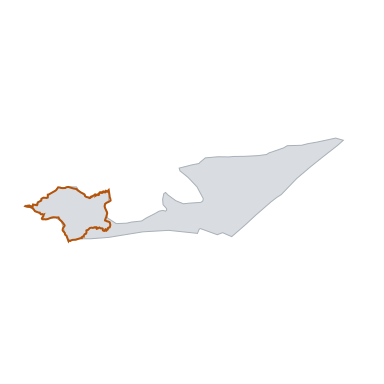 Israel, with HaZafon highlighted, rotated 247°
{"feature_id": "ISR-3056", "entity_name": "HaZafon", "entity_type": "District", "adm_level": 1, "iso_a3": "ISR", "parent_name": "Israel", "parent_adm1": "", "projection": "albers", "projection_center": [35.33, 32.896], "detail": "fine", "context": "in_parent", "style": "outline", "palette": "amber", "viewbox_px": 384, "rotation_deg": 247, "n_neighbors": 0, "source": "natural_earth", "source_scale": "10m", "svg_char_len": 4872}
<svg xmlns="http://www.w3.org/2000/svg" viewBox="0 0 384 384"><g transform="rotate(247 192 192)"><path d="M245.2,32.5L243.5,36.8L242.0,39.1L241.5,42.6L242.5,45.4L243.1,49.3L244.3,50.3L244.8,52.9L243.7,55.4L244.2,57.4L245.6,59.3L246.6,67.0L248.6,70.6L245.5,76.2L244.9,80.7L241.8,87.7L238.2,88.2L229.8,92.0L228.7,93.1L227.2,95.3L226.9,97.0L225.8,115.2L221.2,114.7L215.6,110.8L214.5,107.3L212.8,106.2L208.8,105.7L201.3,104.0L192.5,109.9L188.8,119.8L188.0,124.5L185.0,134.2L186.0,140.2L186.5,147.9L187.2,154.3L186.4,158.1L184.7,160.1L185.2,161.6L186.7,162.1L191.6,160.4L196.7,162.1L201.5,165.4L201.9,167.5L198.5,168.8L190.3,173.7L184.5,179.5L182.9,184.8L179.0,196.1L179.5,198.4L181.4,199.8L194.8,198.6L206.9,194.1L216.1,189.2L219.0,189.5L217.1,201.9L217.1,202.0L215.5,209.6L216.2,210.9L218.2,217.6L214.3,229.7L209.9,239.6L208.4,244.3L204.1,254.8L199.7,266.9L197.4,275.2L197.9,278.2L196.8,293.5L197.4,297.8L192.2,311.1L191.2,317.6L189.1,326.5L185.5,345.3L180.5,351.5L178.1,344.5L172.7,324.4L168.8,310.6L163.5,293.6L154.7,273.0L153.9,268.0L152.0,260.8L145.9,242.0L141.0,228.4L135.4,211.1L142.6,204.3L142.8,198.6L155.0,185.5L155.0,184.2L151.7,180.7L152.2,180.1L165.8,155.6L174.5,131.3L182.8,97.5L188.6,80.3L193.4,68.9L195.6,59.4L203.4,58.8L209.2,59.8L216.1,60.1L221.7,56.5L224.4,45.9L227.5,44.2L229.1,46.7L230.8,43.9L238.0,39.2L241.6,36.2L245.2,32.5Z" fill="#d9dde1" stroke="#a8b0b8" stroke-width="1"/><path d="M226.4,116.1L220.9,114.7L219.3,114.2L217.7,114.2L215.9,113.7L215.5,111.6L215.5,109.1L214.9,107.2L212.9,105.9L210.9,105.7L206.6,105.9L205.3,105.5L203.4,103.9L202.5,103.4L202.3,103.0L200.4,101.2L200.1,101.0L199.8,100.8L199.7,100.9L199.4,101.1L199.3,101.5L199.2,101.6L199.0,101.8L198.4,102.1L198.2,102.3L198.1,102.6L198.0,102.9L197.9,103.0L197.5,103.2L197.4,103.3L197.3,103.5L197.1,103.7L196.9,104.0L196.5,104.3L196.2,104.4L195.8,104.4L195.7,104.3L193.7,104.0L193.4,103.8L193.2,103.7L192.7,103.4L192.5,103.2L192.4,103.1L192.3,102.9L192.2,102.8L191.8,102.5L191.6,102.4L191.6,102.2L191.6,101.9L191.8,101.3L191.8,101.0L191.8,100.8L191.7,100.7L190.8,100.1L190.5,99.8L190.4,99.7L190.4,99.4L190.3,99.0L190.2,98.7L189.9,98.3L189.8,98.0L189.8,97.8L189.9,97.7L190.0,97.6L190.5,97.6L190.8,97.7L191.2,97.8L191.5,97.9L191.5,97.7L191.4,97.5L190.9,96.9L190.7,96.6L190.5,96.3L190.6,96.2L190.6,95.9L190.7,95.7L190.8,95.5L190.9,95.4L191.1,95.2L191.3,95.1L191.5,95.0L191.8,95.0L192.1,95.1L193.0,95.5L193.4,95.4L193.5,95.3L193.7,95.0L194.2,93.9L194.3,93.6L194.5,93.5L195.5,92.9L195.5,92.7L195.5,92.4L195.2,90.9L195.3,90.3L195.4,90.0L195.4,89.9L195.5,89.9L195.8,89.9L195.9,90.0L196.1,90.4L196.2,90.5L196.4,90.6L196.5,90.6L196.9,90.3L197.0,90.1L197.1,89.8L197.2,89.7L197.1,89.1L197.2,88.9L197.2,88.7L197.6,88.5L197.7,88.3L197.7,88.1L197.6,87.0L197.6,86.8L197.7,86.6L197.8,86.5L198.5,85.4L198.5,85.2L198.6,84.9L198.7,84.2L198.7,83.9L198.7,83.7L198.0,82.1L197.8,81.7L197.8,81.4L197.9,80.3L197.9,80.0L197.9,79.8L197.8,79.7L197.5,79.6L196.5,79.3L196.3,79.2L196.2,79.1L195.9,78.9L195.7,78.7L195.1,78.3L195.0,78.1L195.1,77.0L195.1,76.7L194.8,76.4L194.7,76.2L194.3,75.4L194.1,75.2L193.9,75.1L193.5,74.9L193.3,74.9L193.6,73.9L193.5,72.9L192.6,72.5L193.1,71.3L193.5,66.3L194.5,63.7L194.7,62.1L194.5,60.7L194.8,60.4L195.1,59.9L195.5,59.7L195.0,59.1L195.3,59.1L200.8,59.4L201.1,59.3L201.8,58.7L202.3,58.6L202.7,58.6L203.7,58.8L204.1,58.9L206.7,58.0L207.5,58.0L207.8,58.2L208.2,58.4L209.0,59.0L209.7,59.8L210.1,60.8L210.8,61.6L211.7,61.7L215.5,60.7L218.7,59.3L220.8,59.2L221.2,57.9L222.4,55.6L223.0,54.3L223.4,52.2L223.5,48.2L224.0,46.4L224.7,45.3L225.0,44.2L225.5,43.5L226.3,43.4L226.7,43.8L227.9,45.8L228.8,46.4L229.2,46.8L229.2,46.7L229.2,46.4L230.2,45.5L230.3,44.4L231.0,44.0L232.5,43.8L233.0,42.8L235.6,40.0L236.8,39.7L237.7,39.6L238.6,39.3L239.6,38.9L240.4,38.4L241.5,37.2L242.8,34.5L243.9,33.2L244.0,33.6L243.6,34.1L243.5,35.5L243.3,35.9L243.1,37.0L242.0,37.8L241.5,38.4L240.0,39.1L242.6,40.8L240.4,44.1L240.8,44.7L242.7,46.0L243.0,49.8L244.6,50.8L244.8,53.1L244.0,54.7L243.3,55.9L243.3,57.1L245.9,58.2L245.7,59.2L246.6,66.9L247.0,68.0L248.6,70.6L247.6,72.4L247.2,72.6L246.0,74.6L245.2,77.0L245.5,78.0L245.0,80.1L241.6,84.2L239.8,86.9L238.6,87.2L234.9,89.6L232.6,91.6L231.5,92.2L229.9,92.0L228.6,92.9L227.6,94.3L227.0,94.9L226.5,95.1L226.4,95.3L226.3,96.0L226.6,96.6L227.2,96.9L227.2,97.4L226.7,97.4L226.7,98.0L227.1,98.8L227.3,100.8L227.7,101.9L227.4,102.3L227.3,102.1L227.2,101.9L227.0,102.1L226.7,103.0L226.3,102.5L226.5,104.2L226.7,104.7L225.8,104.7L225.8,105.2L226.2,105.2L226.4,105.2L226.9,105.9L227.1,106.3L227.7,106.9L227.7,107.4L227.1,107.6L226.7,108.1L226.4,108.6L226.3,109.1L226.6,109.3L226.7,109.5L226.9,109.6L227.2,109.6L227.2,110.3L226.8,110.5L226.3,110.8L226.7,111.3L225.8,111.9L226.0,112.1L226.3,112.5L225.8,112.5L225.8,113.0L226.2,113.4L226.3,113.7L226.0,113.9L225.4,114.1L225.7,115.0L225.8,115.2L226.2,115.6L226.4,116.1Z" fill="none" stroke="#b45309" stroke-width="2"/></g></svg>